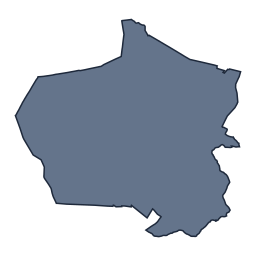 the district of Siria, Arad, Romania
{"feature_id": "2599482B5262602220408", "entity_name": "Siria", "entity_type": "district", "adm_level": 2, "iso_a3": "ROU", "parent_name": "Romania", "parent_adm1": "Arad", "projection": "equal_earth", "projection_center": [21.642, 46.281], "detail": "fine", "context": "isolated", "style": "filled", "palette": "slate", "viewbox_px": 256, "rotation_deg": 0, "n_neighbors": 0, "source": "geoboundaries", "source_scale": "gbopen_adm2", "svg_char_len": 5760}
<svg xmlns="http://www.w3.org/2000/svg" viewBox="0 0 256 256"><path d="M230.1,210.1L228.7,207.4L225.8,204.5L224.3,200.2L223.1,197.8L222.7,196.0L222.9,195.1L225.1,192.2L226.8,188.3L227.4,186.1L229.7,182.3L229.5,181.4L227.9,177.2L227.6,176.7L227.5,176.3L227.3,176.1L226.6,175.1L226.4,174.9L226.0,174.4L225.7,174.3L225.5,174.2L225.0,173.7L224.6,173.6L224.3,173.3L224.0,172.8L223.9,172.6L223.5,172.4L223.2,172.2L222.8,172.1L222.3,172.0L222.1,171.9L221.8,171.7L221.5,171.5L221.2,171.4L220.7,171.1L220.1,170.7L219.9,170.4L220.0,170.1L219.9,169.8L219.8,169.6L219.7,169.4L219.8,169.2L219.7,168.8L219.8,168.5L219.7,168.1L219.5,167.2L219.3,165.8L219.1,165.5L218.4,164.4L218.1,163.8L217.8,163.4L217.5,163.1L217.4,162.9L217.2,162.4L217.2,162.1L217.3,161.8L217.3,161.5L217.2,161.2L216.8,160.6L216.6,160.2L216.0,160.0L215.7,159.8L215.5,159.6L214.8,158.6L214.6,158.0L214.2,157.1L214.0,156.6L213.5,156.0L213.3,155.8L213.4,155.6L213.3,155.4L213.1,154.9L212.8,154.6L212.7,154.5L212.4,154.3L212.3,154.1L212.2,153.8L212.1,153.5L211.9,153.2L211.8,152.9L211.9,152.3L211.9,151.9L212.1,151.2L212.1,150.9L212.2,150.5L212.3,150.4L212.5,150.3L213.3,150.0L213.5,149.9L214.0,149.4L214.4,148.9L214.8,148.3L215.1,148.0L215.4,147.7L215.9,147.6L216.5,147.5L217.2,147.4L217.9,147.3L218.4,147.2L218.6,147.1L218.9,146.9L219.3,146.5L219.7,146.4L219.9,146.2L220.1,146.0L220.5,145.5L221.1,145.1L221.5,144.8L221.8,144.7L222.2,144.6L222.4,144.6L222.6,144.7L222.8,144.8L223.0,145.0L223.4,145.3L223.9,145.5L224.1,145.7L224.3,146.0L224.5,146.3L224.6,146.6L224.9,147.0L225.3,147.2L225.6,147.3L226.2,147.3L226.5,147.3L227.0,147.3L227.4,147.3L228.0,147.4L228.4,147.4L228.8,147.4L229.0,147.4L229.8,147.5L230.4,147.5L230.9,147.4L231.5,147.3L232.1,147.0L232.1,146.8L232.0,146.5L231.9,146.3L231.7,146.1L232.3,146.1L232.9,146.2L233.6,146.5L234.2,146.6L234.6,146.6L234.8,146.7L235.2,146.8L235.8,147.0L236.1,147.0L237.1,146.9L238.0,146.8L238.9,146.8L239.4,146.8L239.5,146.8L238.9,144.6L238.9,143.3L237.6,142.6L236.9,141.4L235.6,140.1L234.5,139.3L234.0,138.1L233.5,138.0L233.2,137.0L232.9,137.1L230.7,136.8L228.7,136.2L227.0,135.4L226.0,134.6L225.4,134.2L225.6,132.8L226.8,131.0L227.2,129.8L227.2,129.4L227.0,129.0L226.4,128.7L225.2,128.1L223.5,127.2L222.7,127.3L222.2,126.9L222.1,126.5L224.5,121.6L227.3,116.0L229.7,113.4L234.9,107.7L237.2,103.6L237.4,102.7L237.8,102.2L237.0,93.1L235.6,87.7L235.7,84.6L235.7,84.1L236.0,83.5L236.8,81.7L237.2,80.9L237.9,79.3L238.7,77.6L238.9,77.3L239.2,76.6L240.6,71.7L229.6,69.0L229.0,69.6L227.7,69.3L224.4,73.1L223.0,72.4L224.4,70.6L217.0,68.4L217.1,68.0L216.9,66.5L217.2,65.9L214.5,65.1L202.5,62.3L190.6,59.6L190.2,59.6L189.3,59.1L185.3,56.8L177.4,52.0L169.4,47.2L164.8,44.5L155.5,39.0L152.4,37.2L150.0,35.8L149.4,35.8L149.3,35.4L147.8,35.6L147.7,34.7L147.1,34.0L146.7,33.2L145.2,30.7L145.0,30.2L145.1,29.5L145.1,28.5L145.1,27.8L145.1,26.5L144.8,25.9L144.3,25.4L143.9,25.1L143.2,25.1L142.6,25.1L140.9,24.4L140.1,24.0L139.6,23.6L138.8,22.9L138.4,22.7L138.0,22.8L137.5,22.9L137.1,23.0L136.8,23.1L136.4,23.1L136.1,23.1L135.8,22.9L135.3,22.6L135.1,22.4L134.6,21.5L133.1,20.7L132.4,20.2L131.2,19.4L130.7,19.6L126.5,20.1L122.1,20.6L121.8,20.8L121.9,21.6L123.1,29.2L123.7,32.6L124.0,34.9L123.8,35.5L123.0,41.9L122.4,47.4L122.1,49.1L121.2,56.5L115.6,59.0L103.8,64.6L101.1,66.4L100.1,66.5L97.9,67.0L92.6,68.1L88.8,68.9L84.7,69.8L80.4,70.6L79.7,70.6L79.2,70.4L78.8,70.4L74.7,71.2L71.3,71.8L68.2,72.4L65.8,72.8L57.6,74.1L55.9,74.3L52.3,75.1L49.0,75.6L46.1,76.0L43.3,76.4L41.0,76.6L38.0,76.8L37.5,78.2L36.4,79.5L32.0,86.8L29.8,90.7L27.1,94.9L26.9,95.2L25.6,97.4L24.5,99.2L23.7,100.7L23.2,101.5L22.6,102.4L21.7,104.3L20.4,106.7L18.9,109.7L18.2,110.9L17.4,112.3L16.8,113.5L16.0,115.0L15.4,115.5L15.7,116.4L20.1,128.5L23.0,137.4L23.9,139.3L33.2,155.0L41.1,159.8L44.3,167.0L44.0,174.8L43.9,176.1L44.0,177.0L44.1,177.6L45.0,179.1L46.2,180.8L48.7,184.5L50.6,187.6L51.1,188.5L51.4,189.6L52.1,193.0L52.7,195.0L53.3,196.8L56.1,202.7L56.3,203.3L56.8,203.3L61.5,203.7L66.3,204.1L76.5,204.5L94.5,205.2L107.7,206.1L112.9,206.3L113.3,205.2L113.7,205.3L113.9,205.3L115.0,206.2L116.0,206.8L121.8,206.6L121.8,205.9L124.7,206.0L126.2,206.2L129.6,206.7L131.2,206.9L131.3,205.5L131.4,205.3L133.5,207.0L147.1,217.9L152.6,208.9L153.1,209.3L153.8,209.9L155.4,211.8L157.4,214.2L159.4,215.5L160.6,216.3L160.9,216.6L161.1,216.8L159.9,218.4L158.6,220.2L158.1,221.0L157.2,222.1L156.0,223.2L155.2,223.9L152.6,225.5L150.9,226.6L149.2,227.8L145.9,230.1L147.0,230.9L148.2,231.7L149.1,232.3L150.0,232.6L151.1,233.3L151.5,233.3L152.1,233.8L152.8,234.6L153.4,235.5L154.1,235.8L154.2,236.0L155.0,236.2L156.6,236.3L158.3,236.6L159.6,236.5L160.9,236.2L161.8,236.0L162.8,235.5L163.5,235.4L164.6,235.4L165.1,235.5L166.6,235.4L167.2,235.1L168.1,234.4L168.9,234.1L170.2,233.5L170.7,233.2L171.1,233.3L172.6,233.0L172.9,232.4L174.7,231.9L175.8,231.7L177.4,231.2L178.6,230.3L180.0,230.1L181.7,230.4L182.9,230.7L183.8,231.8L185.1,233.0L186.6,234.0L187.5,234.2L189.5,235.2L190.4,235.8L190.8,236.1L191.2,236.2L191.8,236.3L192.8,236.3L193.7,236.3L194.5,236.3L195.0,236.5L195.5,236.4L196.0,236.2L196.5,236.0L196.7,235.7L196.8,235.2L197.0,234.9L197.5,234.5L197.8,234.3L199.0,233.4L199.7,232.5L200.0,231.8L200.3,231.2L200.9,230.8L201.1,229.8L201.5,229.4L201.9,229.2L202.3,229.0L203.1,228.4L203.5,228.0L205.4,226.5L206.6,225.1L207.1,224.4L207.6,223.9L208.0,223.2L208.7,222.7L209.2,222.1L209.7,221.9L210.0,221.9L210.3,221.8L210.4,221.6L210.6,221.3L210.6,220.8L210.8,220.5L211.8,220.2L212.6,220.0L213.1,220.0L213.6,220.2L214.4,220.4L215.1,220.4L215.5,220.3L215.7,220.2L215.6,221.1L215.8,221.2L216.4,220.9L217.6,220.2L218.4,219.8L218.7,219.0L220.0,217.7L220.9,216.8L222.3,216.5L223.9,216.7L225.0,216.6L226.6,215.9L226.3,214.7L226.5,213.8L227.0,212.9L228.9,212.1L229.7,210.7L230.1,210.1Z" fill="#64748b" stroke="#1e293b" stroke-width="1.5"/></svg>